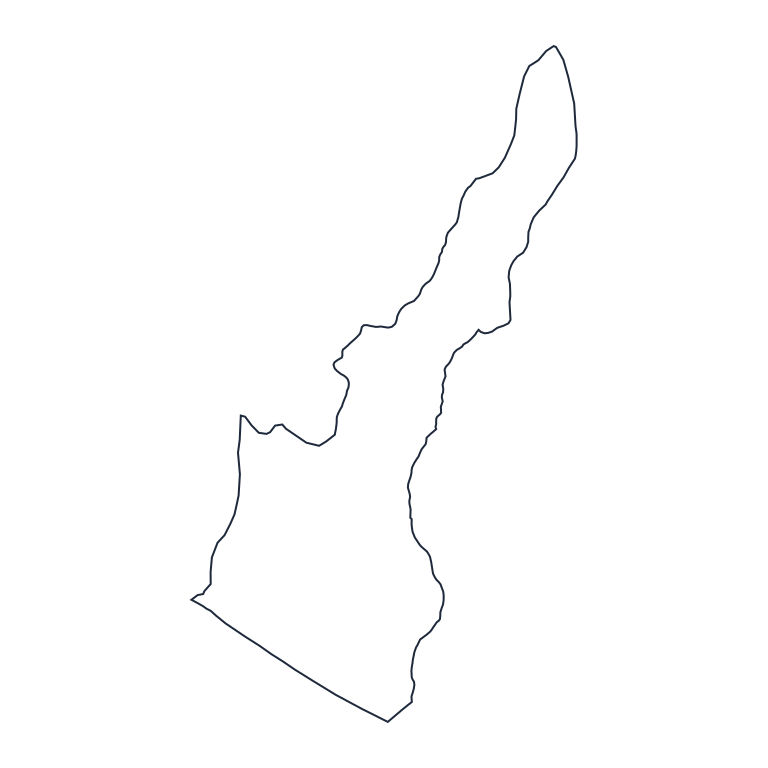 outline of Yoeseltse, Samchi, Bhutan
{"feature_id": "84629894B70559788539296", "entity_name": "Yoeseltse", "entity_type": "district", "adm_level": 2, "iso_a3": "BTN", "parent_name": "Bhutan", "parent_adm1": "Samchi", "projection": "equal_earth", "projection_center": [88.985, 26.964], "detail": "fine", "context": "isolated", "style": "outline", "palette": "slate", "viewbox_px": 768, "rotation_deg": 0, "n_neighbors": 0, "source": "geoboundaries", "source_scale": "gbopen_adm2", "svg_char_len": 4210}
<svg xmlns="http://www.w3.org/2000/svg" viewBox="0 0 768 768"><path d="M240.8,415.6L239.7,439.9L238.0,452.7L239.9,474.2L239.7,477.6L238.6,495.6L236.6,505.0L234.5,514.4L230.3,523.9L224.6,535.1L217.5,542.8L211.9,557.4L210.6,572.0L210.7,584.0L204.4,591.1L203.2,594.0L197.6,595.1L191.4,599.8L197.1,602.8L203.1,606.2L206.2,608.5L210.8,610.9L216.0,615.6L225.7,623.5L244.8,636.4L259.4,645.7L271.6,654.3L283.3,661.7L286.8,664.1L295.0,669.7L313.3,681.1L335.7,694.8L361.9,708.9L387.8,721.9L401.7,710.1L408.1,704.9L410.2,703.3L411.8,702.0L411.5,696.5L412.8,692.3L413.7,689.1L414.4,684.9L414.0,681.8L412.5,679.3L411.7,677.0L411.6,673.8L411.4,671.4L411.8,667.0L412.5,663.0L412.8,660.1L413.7,655.7L414.3,652.4L415.2,649.9L416.1,647.3L417.2,645.6L418.1,643.7L420.2,639.4L421.8,638.3L424.3,636.4L426.6,634.7L430.2,631.6L431.7,629.7L433.7,626.6L436.8,622.2L438.7,620.8L439.9,619.2L440.2,616.7L440.4,612.1L441.7,608.0L443.0,604.6L443.6,600.3L443.7,596.9L443.6,594.6L443.2,591.5L441.6,587.3L440.5,584.3L438.8,582.1L436.4,579.7L434.8,577.2L433.2,574.0L432.7,571.7L432.3,569.2L431.2,562.1L430.0,556.8L428.7,554.3L427.0,551.6L424.6,549.5L421.6,546.9L419.7,544.8L418.2,542.5L416.9,540.6L414.9,537.6L413.6,534.4L412.6,531.9L412.2,529.5L411.6,524.9L411.6,522.4L411.7,519.2L410.3,517.7L410.6,509.2L409.5,504.0L409.3,501.2L410.1,496.8L409.7,493.9L407.9,487.6L408.2,484.0L409.0,481.4L410.5,477.1L411.1,474.7L411.5,472.3L411.7,469.4L412.2,467.2L414.3,462.9L417.1,458.5L418.5,456.6L420.3,452.1L421.6,449.3L423.7,446.6L425.6,444.3L426.2,441.8L426.6,437.7L428.4,436.0L430.7,433.8L432.9,432.0L436.2,429.1L435.5,426.9L436.2,424.1L436.1,421.7L436.3,418.4L437.3,416.6L439.9,414.4L441.1,412.8L441.0,409.1L440.8,406.8L441.9,403.7L442.7,401.3L441.8,397.1L442.1,394.6L443.0,392.5L443.3,389.1L442.6,384.8L443.3,382.1L444.2,379.7L445.5,376.4L445.1,373.0L444.6,369.6L445.8,366.8L448.1,364.4L449.4,362.9L450.9,360.3L452.1,357.6L452.9,355.5L453.8,353.1L455.3,351.4L457.0,349.8L459.9,348.1L462.2,346.5L463.3,344.6L465.5,343.2L467.4,342.3L470.3,339.8L472.9,337.1L475.3,334.5L476.6,332.2L478.6,329.8L480.6,331.8L484.5,333.3L488.2,332.9L492.0,331.6L497.3,327.8L503.6,325.7L508.5,323.3L510.5,319.9L509.5,302.3L510.3,296.1L510.2,290.4L509.9,283.6L508.6,277.3L509.2,270.9L511.2,265.3L513.5,261.2L517.2,256.6L523.1,252.7L526.5,247.2L528.2,241.8L528.2,237.5L528.5,231.8L529.8,228.3L530.8,224.1L533.7,217.3L539.3,210.5L545.7,204.5L547.1,201.8L552.0,194.6L557.4,185.8L563.6,177.3L568.8,168.0L574.9,158.7L575.6,155.7L576.2,151.4L576.6,146.3L576.6,137.9L576.6,135.4L576.5,133.1L575.7,127.6L575.4,124.2L574.2,103.6L568.2,76.8L563.3,59.7L556.0,47.0L553.6,46.1L546.2,51.0L538.3,60.3L529.3,66.0L524.1,76.4L519.6,94.2L516.3,108.7L516.1,119.0L515.2,127.6L514.3,135.4L511.0,143.9L504.9,157.7L498.7,167.4L492.6,173.3L479.4,178.2L476.0,178.8L470.4,186.1L468.1,187.7L465.2,191.8L463.9,194.9L461.9,198.8L460.7,203.2L459.4,210.5L459.0,212.8L458.4,216.9L457.6,219.6L456.9,222.2L455.5,224.2L451.7,228.4L449.4,231.0L447.9,232.7L446.4,236.7L446.1,239.3L446.0,242.1L445.1,245.0L443.5,246.8L442.4,248.6L441.9,252.0L440.2,254.6L439.2,257.1L439.2,260.3L438.5,263.1L436.1,268.7L434.0,274.0L432.6,276.7L431.2,279.0L429.5,281.1L427.2,282.6L425.0,284.4L422.6,287.1L421.3,289.5L419.8,294.0L418.2,296.3L416.2,298.5L414.1,300.9L411.8,301.9L408.2,303.4L404.7,305.5L402.5,307.6L401.1,309.1L399.7,311.2L398.1,314.3L397.2,316.6L396.6,320.3L395.2,323.9L391.8,326.8L389.8,327.3L388.0,327.6L384.6,327.1L382.3,326.7L380.3,326.5L378.2,326.8L375.6,326.9L373.2,326.4L370.7,326.0L367.0,325.1L363.8,325.2L361.8,327.1L361.1,330.4L360.0,333.7L357.1,336.9L355.4,338.5L353.2,340.5L350.2,343.1L347.5,345.8L344.5,348.4L342.9,349.6L342.3,351.9L342.4,355.5L341.8,357.6L337.6,360.0L334.5,362.3L333.5,364.8L334.8,368.6L337.3,371.2L341.1,374.1L343.9,375.6L346.3,377.5L347.7,379.3L348.8,382.4L348.8,385.2L348.3,388.0L347.0,390.7L346.6,393.1L346.2,395.2L344.5,399.1L343.6,401.4L342.7,403.8L342.0,406.3L340.0,409.8L338.0,413.7L336.9,416.8L336.7,419.3L336.7,422.2L336.4,425.2L335.8,429.7L335.2,432.2L334.9,434.6L333.4,435.8L326.3,441.4L319.1,445.8L306.4,442.7L286.0,428.8L282.3,424.5L275.1,425.6L270.1,432.2L266.5,433.9L258.8,432.8L251.5,425.3L245.1,416.7L240.8,415.6Z" fill="none" stroke="#1e293b" stroke-width="2"/></svg>